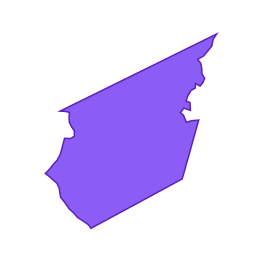 Ruy Barbosa, Rio Grande do Norte, Brazil (Albers equal-area conic projection), rotated 277°
{"feature_id": "56859067B51255119987795", "entity_name": "Ruy Barbosa", "entity_type": "district", "adm_level": 2, "iso_a3": "BRA", "parent_name": "Brazil", "parent_adm1": "Rio Grande do Norte", "projection": "albers", "projection_center": [-35.934, -5.854], "detail": "fine", "context": "isolated", "style": "filled", "palette": "violet", "viewbox_px": 256, "rotation_deg": 277, "n_neighbors": 0, "source": "geoboundaries", "source_scale": "gbopen_adm2", "svg_char_len": 797}
<svg xmlns="http://www.w3.org/2000/svg" viewBox="0 0 256 256"><g transform="rotate(277 128 128)"><path d="M232.1,204.5L136.5,58.5L136.8,63.9L136.4,67.9L130.6,68.3L126.6,69.1L123.2,71.1L118.6,75.1L113.3,75.7L110.6,72.5L110.0,66.3L98.3,64.7L93.3,63.9L87.3,61.5L83.1,58.5L77.8,55.3L72.7,51.5L70.5,55.4L64.5,64.1L60.2,66.9L55.6,68.2L50.9,69.6L46.4,74.3L40.8,79.2L36.8,84.7L33.1,88.8L30.0,95.2L27.1,100.6L23.9,103.4L62.6,157.9L84.1,188.0L112.8,192.4L144.5,197.2L143.2,191.0L140.9,185.2L147.6,181.4L149.6,178.2L154.5,181.0L153.1,187.8L160.9,186.4L161.8,182.4L166.5,183.2L173.0,186.0L175.8,189.8L180.3,189.6L178.4,194.4L182.1,196.8L186.6,198.0L190.8,194.8L196.4,193.9L201.2,192.2L204.6,188.8L208.9,194.4L219.5,201.2L226.3,201.7L232.1,204.5Z" fill="#8b5cf6" stroke="#5b21b6" stroke-width="1.5"/></g></svg>